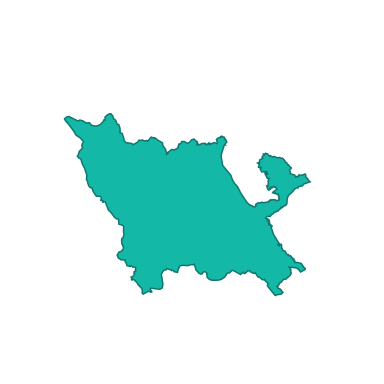 Bandung, Jawa Barat, Indonesia, rotated 53°
{"feature_id": "22746128B73297609500416", "entity_name": "Bandung", "entity_type": "district", "adm_level": 2, "iso_a3": "IDN", "parent_name": "Indonesia", "parent_adm1": "Jawa Barat", "projection": "mercator", "projection_center": [107.664, -7.063], "detail": "fine", "context": "isolated", "style": "filled", "palette": "teal", "viewbox_px": 384, "rotation_deg": 53, "n_neighbors": 0, "source": "geoboundaries", "source_scale": "gbopen_adm2", "svg_char_len": 6105}
<svg xmlns="http://www.w3.org/2000/svg" viewBox="0 0 384 384"><g transform="rotate(53 192 192)"><path d="M255.0,91.6L252.3,92.0L250.7,91.6L248.5,92.2L247.2,91.1L245.7,90.8L244.9,93.9L242.7,96.4L243.7,98.0L242.7,98.6L242.5,100.1L240.2,99.8L236.5,102.6L235.2,101.3L233.1,101.0L232.8,98.4L232.1,98.1L230.2,98.8L228.3,98.5L228.1,99.0L226.9,99.2L225.7,98.7L224.2,99.5L222.7,99.0L219.5,99.3L219.2,100.2L217.1,101.3L216.0,103.3L212.9,105.1L212.3,106.7L211.2,107.1L211.0,107.7L210.1,107.6L210.1,108.5L206.8,108.8L206.3,109.7L205.4,109.8L205.5,110.7L204.7,112.0L205.9,112.1L205.5,113.1L205.9,113.3L206.2,115.0L207.7,115.3L207.1,118.7L208.9,120.4L208.3,122.2L209.5,121.9L209.9,120.9L212.2,124.0L212.9,123.7L213.9,121.9L214.2,122.3L213.6,123.0L214.9,123.3L215.0,123.8L217.9,124.2L220.7,120.0L221.6,120.6L220.9,122.4L221.4,122.6L223.3,120.1L222.5,122.9L226.3,123.6L227.5,122.3L227.5,123.0L228.8,123.7L229.0,124.8L230.8,125.4L231.4,126.5L233.1,127.6L233.1,128.3L232.3,128.7L235.1,129.8L236.7,129.6L237.0,127.8L235.4,127.2L235.9,125.6L236.9,125.9L236.8,123.6L237.0,123.1L237.8,123.2L238.2,122.4L241.0,122.6L240.7,127.1L241.2,128.0L241.8,127.0L242.7,127.2L242.8,126.1L244.5,125.9L245.5,124.5L246.0,125.1L247.0,124.8L247.2,125.3L248.8,125.8L248.9,126.3L250.3,126.4L250.2,127.0L250.8,127.3L249.8,130.0L248.8,129.9L246.9,131.8L246.5,133.3L245.6,133.6L245.4,134.2L245.9,134.4L245.5,136.3L245.9,136.4L245.4,137.9L243.5,141.5L242.2,142.2L241.5,144.8L240.4,145.6L240.2,148.2L240.6,149.0L241.4,149.0L241.8,150.4L241.5,151.2L236.5,153.8L232.9,154.4L221.6,153.6L215.0,152.4L210.9,152.9L206.0,152.2L202.1,150.9L189.3,151.5L181.7,147.6L179.9,146.3L174.1,138.2L173.9,137.8L174.4,137.2L173.7,137.3L173.0,134.1L170.3,133.5L170.1,134.1L167.8,133.2L166.2,134.3L166.2,134.9L165.3,134.6L165.0,135.9L165.5,136.5L164.7,137.9L164.6,140.7L167.9,142.1L168.4,143.1L166.0,144.3L165.2,147.3L164.4,148.3L163.0,148.8L163.0,149.3L164.4,149.4L163.0,150.3L163.1,152.0L161.9,152.6L161.4,152.0L160.8,152.5L159.2,155.0L158.9,157.2L158.0,158.4L157.3,158.3L157.6,159.2L157.1,159.7L155.0,157.5L153.1,158.3L150.9,158.5L150.1,160.7L150.8,164.3L150.3,166.5L147.3,167.6L145.7,169.4L145.6,170.1L146.6,171.7L145.8,173.8L146.9,174.7L147.1,175.5L148.4,176.1L147.8,180.6L145.8,182.7L145.9,187.1L146.5,187.5L146.6,189.5L145.1,188.3L143.6,188.3L142.2,187.5L137.3,187.3L135.0,186.0L129.3,188.4L127.1,188.7L126.7,189.6L126.0,189.4L125.3,190.4L123.6,191.5L124.7,196.7L123.5,197.2L123.2,198.5L121.9,199.8L120.5,200.3L120.0,201.9L118.7,203.1L119.5,205.3L118.8,210.3L116.8,211.1L112.8,215.0L109.7,215.4L108.8,214.4L103.1,212.5L100.9,214.0L99.9,212.2L99.2,212.3L97.6,211.0L95.2,210.5L94.5,209.9L92.3,210.9L89.7,210.0L87.6,209.9L86.5,210.6L83.7,209.5L80.9,209.6L79.8,210.9L79.5,213.9L79.8,216.3L82.2,218.2L81.4,219.2L82.3,220.5L82.9,224.8L82.2,227.9L81.0,229.7L78.3,232.1L75.0,232.2L73.1,235.0L69.4,236.4L67.0,238.3L66.7,240.3L57.6,244.9L56.7,246.6L56.8,249.8L59.3,250.2L61.9,249.8L72.3,249.8L76.8,250.4L81.3,248.8L86.2,248.2L88.3,251.9L91.1,253.1L91.7,257.6L93.8,260.4L94.5,262.1L97.0,261.9L98.7,260.9L103.6,262.7L107.9,263.4L115.4,265.9L118.5,268.8L120.4,269.0L122.7,270.1L125.6,270.8L126.7,270.8L128.9,269.5L132.3,270.7L137.8,270.9L140.1,268.1L141.4,267.7L143.1,268.3L143.3,269.6L143.9,269.9L145.4,268.5L146.4,269.3L146.8,268.9L146.4,268.3L148.0,267.3L155.9,269.6L160.2,269.0L165.3,269.1L167.9,268.6L168.9,267.3L169.7,267.3L173.9,269.8L174.9,268.7L177.1,267.4L178.4,267.3L182.3,270.5L185.0,271.9L186.8,274.3L187.0,276.0L188.3,277.4L191.7,279.4L192.5,279.0L194.0,280.0L195.1,279.9L196.1,281.3L196.9,284.1L196.0,286.5L197.5,289.9L200.3,290.5L203.4,289.5L206.3,286.2L207.4,287.3L209.5,287.4L211.7,288.3L214.3,286.2L214.0,285.8L214.6,284.7L216.2,284.6L217.3,283.1L218.3,282.6L219.3,282.9L220.0,284.1L221.4,284.6L220.9,286.2L221.9,287.2L222.8,286.9L223.4,288.5L223.8,290.2L223.3,291.9L224.8,292.1L225.7,293.2L226.3,292.7L226.2,291.6L227.1,291.1L231.8,290.4L233.0,290.9L238.9,290.2L240.7,290.9L242.8,292.7L244.2,292.4L245.0,286.5L247.1,285.3L247.6,284.3L247.2,283.9L244.4,284.0L244.1,282.6L250.4,276.2L250.7,273.4L248.1,270.7L239.2,266.0L237.6,261.9L238.6,259.2L238.0,258.1L240.8,256.4L241.3,255.5L242.5,255.6L242.7,254.8L243.9,254.1L244.9,254.2L247.5,252.0L245.2,249.2L243.7,245.9L245.1,243.3L248.3,239.7L249.5,236.2L250.7,235.1L251.0,233.6L256.6,235.7L261.4,235.3L263.3,233.9L263.5,232.9L262.8,231.6L263.3,229.4L266.3,228.9L266.9,230.1L267.7,230.1L269.2,231.3L272.2,230.7L274.5,229.2L278.0,224.4L279.4,221.2L279.6,217.3L279.0,214.9L278.0,212.9L279.2,210.6L278.8,207.3L279.5,206.3L287.1,202.9L286.8,199.3L288.1,199.4L289.0,198.8L288.6,194.9L289.7,193.4L291.0,193.4L293.0,192.1L293.5,192.2L294.7,190.8L294.7,190.1L299.4,190.5L301.0,189.3L304.1,188.7L304.9,188.2L305.3,186.7L306.3,187.0L311.3,186.3L311.8,188.0L312.7,188.3L324.4,187.9L325.1,187.4L324.9,186.7L327.3,182.0L326.9,179.8L326.2,180.2L324.1,179.7L323.7,180.1L322.4,180.0L320.5,181.3L320.0,180.8L318.7,181.1L318.8,179.6L317.5,176.6L317.8,175.1L317.0,172.3L316.9,170.8L317.7,170.3L318.2,168.7L317.6,167.3L317.9,166.7L317.6,163.6L316.6,161.6L314.9,161.1L313.6,159.7L310.4,159.6L315.5,154.3L318.1,153.5L321.2,153.5L322.0,148.5L321.6,147.8L320.5,147.6L318.8,148.4L318.1,147.9L314.7,147.8L311.5,150.4L310.6,152.1L308.8,151.4L308.4,151.9L307.9,151.5L307.6,151.8L306.8,151.0L306.3,151.9L305.1,151.4L304.3,152.0L303.8,151.6L302.1,151.7L302.0,152.4L301.3,152.9L300.1,152.6L299.6,153.7L296.4,153.6L295.6,153.1L293.1,154.6L291.0,153.9L290.6,154.2L288.2,152.3L287.3,152.3L286.5,153.3L287.6,154.5L286.4,155.3L285.5,154.8L285.4,153.4L275.3,152.5L268.0,150.1L267.5,148.6L266.4,148.6L266.2,149.4L264.6,149.0L264.6,150.3L262.6,149.5L263.2,148.5L260.9,147.4L260.9,148.5L260.2,149.1L259.8,148.0L259.0,147.6L258.4,148.7L257.1,149.0L256.6,147.0L258.6,144.1L257.8,141.9L258.2,140.5L257.8,138.2L258.4,137.2L258.5,135.3L259.0,134.8L258.4,132.4L258.8,131.7L258.0,130.5L258.5,130.0L258.1,129.8L258.6,129.2L258.1,128.7L258.7,128.0L258.5,126.0L259.1,125.4L258.4,123.2L254.6,120.0L252.8,117.1L252.3,111.1L251.4,108.5L251.6,106.1L252.6,105.0L251.8,103.9L253.6,100.0L252.9,97.7L255.0,91.6Z" fill="#14b8a6" stroke="#0f766e" stroke-width="1.5"/></g></svg>